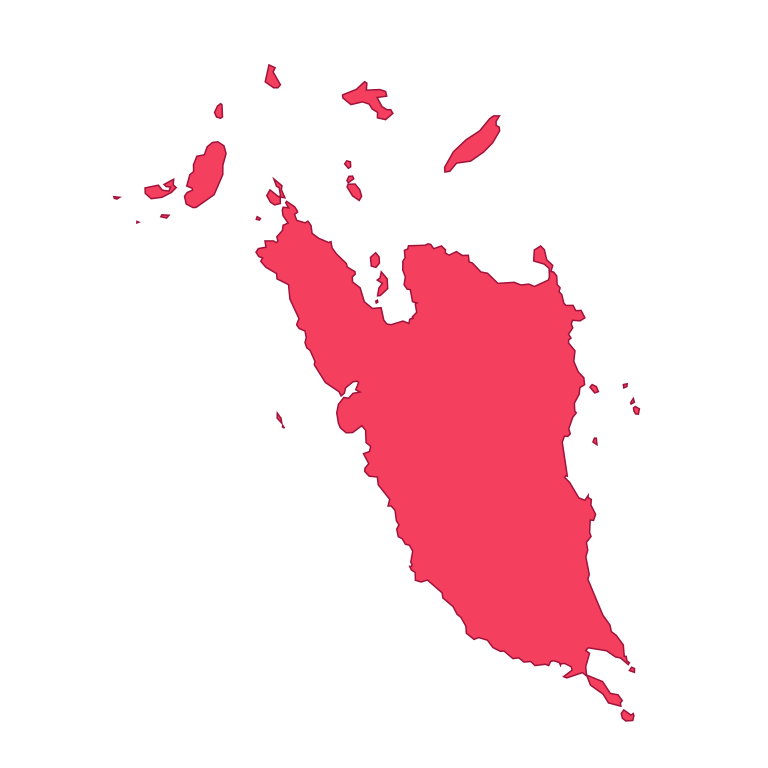 the district of Ko Chang, Trat, Thailand, rotated 188°
{"feature_id": "78962969B80719111705399", "entity_name": "Ko Chang", "entity_type": "district", "adm_level": 2, "iso_a3": "THA", "parent_name": "Thailand", "parent_adm1": "Trat", "projection": "mercator", "projection_center": [102.37, 12.028], "detail": "fine", "context": "isolated", "style": "filled", "palette": "rose", "viewbox_px": 768, "rotation_deg": 188, "n_neighbors": 0, "source": "geoboundaries", "source_scale": "gbopen_adm2", "svg_char_len": 6175}
<svg xmlns="http://www.w3.org/2000/svg" viewBox="0 0 768 768"><g transform="rotate(188 384 384)"><path d="M117.3,99.4L104.6,97.9L105.5,101.3L104.0,103.6L109.0,108.8L116.8,109.1L126.1,119.7L142.9,124.0L144.9,132.0L143.0,145.9L147.1,148.2L145.0,151.2L126.6,150.8L116.7,145.9L111.6,145.6L103.1,140.1L102.2,142.1L104.9,143.7L106.3,148.0L108.2,147.7L110.7,158.9L119.1,167.5L124.5,170.5L126.6,176.6L135.2,185.7L155.0,219.1L154.2,223.8L160.1,241.0L159.1,247.7L161.5,255.3L157.7,261.9L159.7,265.4L160.9,278.0L157.5,278.1L156.3,284.3L162.3,293.0L162.6,298.5L166.1,299.9L166.3,302.1L168.9,296.8L175.3,298.4L186.5,312.4L192.2,316.7L191.2,318.6L189.6,318.2L199.4,351.2L198.1,357.4L194.7,357.7L192.6,360.6L194.8,365.5L192.4,377.4L189.5,382.3L191.3,383.7L192.8,391.5L189.3,401.0L189.5,407.7L185.3,411.2L187.0,418.0L193.2,422.9L199.2,432.7L199.5,443.5L206.9,450.2L207.3,453.3L205.2,455.5L208.2,459.0L204.9,465.9L206.9,469.4L206.2,473.4L198.6,473.8L194.3,477.5L199.1,484.3L204.3,483.3L207.7,488.2L214.7,487.1L217.2,489.1L220.4,497.3L223.5,499.7L223.0,503.8L226.4,506.6L228.0,515.0L231.6,518.5L234.4,518.6L233.4,524.9L240.2,529.7L243.9,539.3L248.1,542.5L253.8,537.6L252.9,526.7L242.0,525.0L236.6,521.5L235.1,512.8L235.7,509.8L248.6,501.5L254.5,503.1L262.1,501.1L269.2,502.8L285.2,499.5L296.9,508.1L303.6,508.4L313.3,516.1L316.7,516.8L318.4,523.2L324.4,522.2L330.7,525.2L337.6,520.6L341.6,522.4L341.7,525.4L346.3,528.7L353.7,524.9L357.1,528.7L360.0,528.9L362.6,527.1L379.0,524.3L379.3,521.0L382.4,519.2L380.7,511.9L382.4,508.1L381.3,499.5L377.8,493.1L377.9,485.0L374.3,481.2L371.1,481.1L367.2,469.5L362.7,468.8L364.2,467.7L361.6,459.5L365.4,454.2L364.4,453.1L367.5,451.8L367.8,447.4L373.9,449.0L385.2,443.7L389.5,443.8L393.1,447.2L397.5,459.2L405.9,457.2L414.9,462.6L421.0,475.9L429.3,480.6L430.3,485.7L427.8,488.8L428.4,491.2L436.6,494.7L438.1,498.1L449.2,506.2L454.4,511.6L456.3,517.6L458.5,516.4L468.9,519.2L476.2,523.2L478.3,530.7L482.0,534.7L484.6,532.6L493.2,533.9L496.2,539.6L493.5,542.1L494.2,543.6L497.2,547.1L505.8,551.3L506.6,549.8L503.0,545.2L508.5,545.0L508.9,541.9L507.4,536.6L501.3,530.0L506.0,527.2L506.0,521.8L510.6,514.9L508.9,510.5L510.5,509.0L513.2,510.3L521.8,509.1L519.9,503.1L527.3,500.6L529.1,496.7L525.7,492.8L521.7,492.0L523.2,488.4L517.3,483.2L505.6,478.3L504.6,473.2L492.4,469.1L489.0,455.0L477.3,436.9L478.8,430.5L475.7,427.1L469.6,425.5L467.4,418.9L468.0,414.0L465.5,409.1L461.8,406.9L455.5,396.8L455.7,393.3L442.2,377.3L427.5,370.1L424.8,366.2L422.0,369.4L421.5,374.8L414.9,382.0L410.6,383.1L409.4,381.6L411.2,374.4L406.7,372.7L413.4,370.4L417.2,364.9L421.9,365.1L426.3,357.5L426.8,348.9L423.7,338.9L421.1,334.5L414.7,330.4L408.2,331.6L400.2,339.6L395.8,335.7L393.6,323.5L388.5,320.4L389.0,315.1L394.6,312.1L388.0,303.0L391.1,298.1L390.9,294.7L385.8,290.6L377.7,291.0L375.6,283.3L362.3,270.6L363.0,263.7L360.1,264.3L355.5,260.5L352.7,250.3L349.6,246.6L351.2,242.0L348.6,234.8L344.4,233.3L340.5,228.3L336.4,227.9L332.3,222.5L332.7,211.2L331.1,209.4L331.3,207.2L333.2,207.0L331.1,203.7L326.9,201.7L325.6,194.0L319.7,193.1L313.7,195.9L297.4,185.3L296.0,180.4L284.4,173.0L279.6,166.1L275.5,163.8L269.2,155.6L267.8,148.7L259.3,143.6L254.9,146.1L245.9,144.7L239.5,138.2L231.6,135.5L227.9,136.2L218.1,130.0L212.5,131.6L206.7,128.1L200.0,129.6L195.3,126.2L185.2,128.9L181.7,128.1L180.4,132.4L177.5,133.6L171.5,132.5L170.1,130.0L169.8,131.6L166.2,132.4L159.3,130.1L157.9,126.8L165.4,119.2L162.1,118.4L147.3,125.8L142.1,122.7L137.6,114.5L123.9,107.4L117.3,99.4ZM587.5,599.3L592.1,594.3L593.8,586.0L601.0,583.5L603.2,574.6L602.1,567.9L605.4,564.2L606.9,552.6L601.2,551.1L600.6,549.3L605.5,546.3L607.7,542.1L604.9,534.7L597.7,532.1L594.7,532.7L578.6,547.8L572.8,568.9L574.0,578.1L572.5,590.4L575.7,597.6L582.2,600.7L587.5,599.3ZM347.6,623.6L354.1,607.1L353.2,602.4L348.4,603.8L342.9,612.8L329.2,616.8L317.6,627.6L310.0,637.9L304.7,650.8L305.7,654.5L308.8,655.5L309.6,659.5L307.0,665.6L312.9,664.7L316.3,661.4L324.5,648.0L336.5,637.5L347.6,623.6ZM427.6,646.7L419.2,646.0L412.9,653.2L415.5,656.6L419.1,656.0L424.6,658.4L430.7,666.8L421.4,669.4L423.1,673.9L429.1,675.0L442.4,672.5L442.8,679.5L445.3,680.7L452.4,671.9L465.3,664.5L464.5,661.5L455.6,656.1L444.5,660.4L437.6,659.1L434.0,654.7L428.2,652.1L427.6,646.7ZM640.3,535.1L629.8,538.0L621.1,544.2L617.1,549.6L620.5,551.9L620.8,557.5L629.6,551.0L627.2,549.2L622.7,549.3L623.9,545.1L630.6,545.1L635.1,549.5L647.9,544.9L647.0,539.6L640.3,535.1ZM542.3,684.0L543.7,666.7L534.5,662.0L530.3,662.6L528.2,665.9L537.3,677.6L535.8,682.0L542.3,684.0ZM526.3,554.3L521.8,548.3L517.2,546.1L511.8,548.3L512.8,554.7L508.0,554.6L512.6,561.9L512.7,566.2L521.6,571.7L517.9,564.8L515.1,563.8L512.7,556.0L514.4,554.7L523.9,560.4L526.3,554.3ZM402.7,470.4L400.0,471.1L393.6,479.0L395.5,488.6L402.3,494.7L402.7,488.3L405.2,486.0L399.7,483.5L402.4,478.2L402.7,470.4ZM440.5,578.0L447.4,576.8L448.0,574.0L441.3,565.9L434.1,562.3L432.3,566.9L435.1,573.0L440.5,578.0ZM413.0,499.0L408.2,498.4L405.3,503.1L406.6,509.2L410.5,512.8L415.0,507.5L413.0,499.0ZM97.7,84.0L90.8,85.4L90.4,90.3L91.3,92.4L93.3,90.5L101.2,94.6L103.2,90.7L101.4,86.2L97.7,84.0ZM584.8,638.9L587.6,636.0L589.6,629.3L587.0,625.1L582.9,624.4L581.1,626.0L583.3,637.9L584.8,638.9ZM174.1,404.5L170.6,406.3L173.4,411.0L177.8,412.4L179.6,409.5L174.1,404.5ZM132.0,396.7L133.6,395.1L132.8,392.1L130.7,389.4L127.9,389.5L127.6,394.9L132.0,396.7ZM452.0,599.8L453.6,596.5L449.3,592.6L447.2,594.5L448.2,599.4L452.0,599.8ZM447.7,584.7L449.0,580.3L447.4,578.3L442.5,583.0L444.1,585.5L447.7,584.7ZM620.4,521.2L627.5,520.6L628.3,518.6L622.4,518.1L620.4,521.2ZM485.6,340.3L485.1,335.4L479.7,330.9L481.2,335.7L485.6,340.3ZM99.4,138.0L101.1,134.4L95.9,133.3L96.3,137.1L99.4,138.0ZM168.1,359.7L169.0,355.6L164.7,353.5L166.2,359.9L168.1,359.7ZM143.2,418.1L146.9,416.7L146.0,413.5L143.1,415.3L143.2,418.1ZM135.1,404.4L137.2,399.8L136.5,398.5L133.5,400.8L135.1,404.4ZM674.2,530.0L671.7,532.1L677.6,531.9L676.9,530.3L674.2,530.0ZM533.4,529.3L530.1,529.0L529.4,530.7L532.9,532.0L533.4,529.3ZM402.2,466.1L403.7,464.9L402.9,463.1L401.5,464.3L402.2,466.1ZM478.6,327.3L476.4,326.5L478.5,328.9L478.6,327.3ZM649.3,510.1L651.3,510.6L651.1,509.1L649.3,510.1Z" fill="#f43f5e" stroke="#9f1239" stroke-width="1.5"/></g></svg>